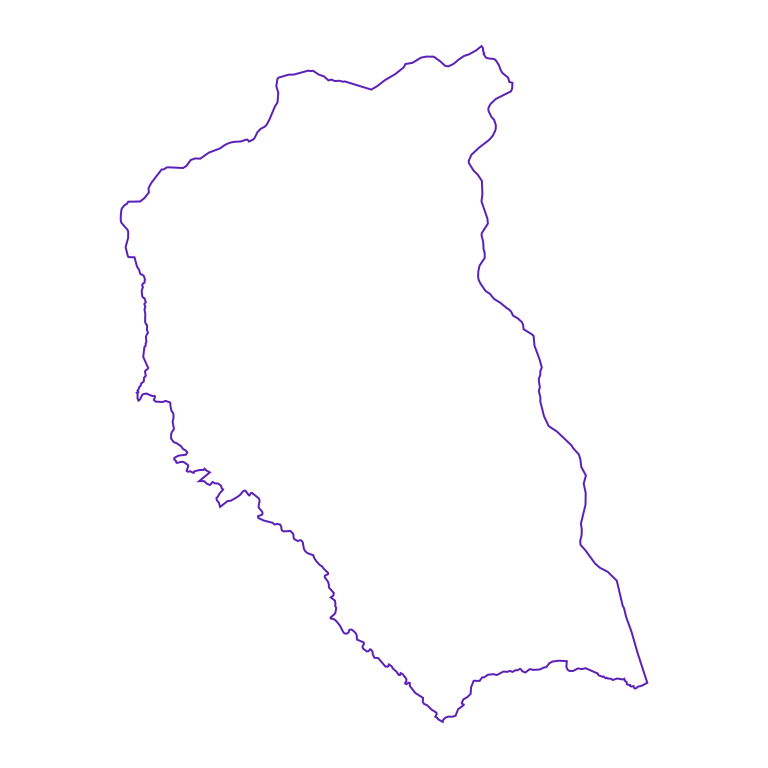 the district of Sotrile, Prahova, Romania
{"feature_id": "2599482B85734359359227", "entity_name": "Sotrile", "entity_type": "district", "adm_level": 2, "iso_a3": "ROU", "parent_name": "Romania", "parent_adm1": "Prahova", "projection": "equal_earth", "projection_center": [25.714, 45.211], "detail": "fine", "context": "isolated", "style": "outline", "palette": "violet", "viewbox_px": 768, "rotation_deg": 0, "n_neighbors": 0, "source": "geoboundaries", "source_scale": "gbopen_adm2", "svg_char_len": 6072}
<svg xmlns="http://www.w3.org/2000/svg" viewBox="0 0 768 768"><path d="M647.3,682.8L637.6,653.0L631.4,631.4L626.3,617.5L623.9,607.8L622.7,605.9L616.8,580.7L607.7,571.8L599.8,567.7L595.0,563.5L585.8,550.8L580.5,544.8L580.2,540.7L581.5,535.9L581.8,529.7L580.9,523.7L585.5,504.7L585.7,493.0L583.7,483.6L585.9,475.5L581.3,467.0L580.4,459.6L578.9,454.5L573.3,448.3L571.5,445.4L556.9,431.5L548.7,426.1L544.0,416.2L540.3,401.5L540.4,397.5L538.8,391.1L539.9,387.3L538.8,380.9L539.0,378.3L540.2,375.2L540.4,370.9L541.8,367.7L539.7,359.8L534.5,345.7L533.6,336.0L532.1,334.5L523.6,329.2L523.1,324.9L521.9,322.1L517.8,318.4L513.0,315.6L511.3,311.9L509.3,309.7L506.6,308.0L500.2,302.7L494.0,298.9L490.0,293.9L485.5,291.0L480.3,283.3L478.6,279.7L478.1,276.5L478.3,271.4L479.5,265.7L484.7,258.0L484.7,252.9L483.6,249.4L483.2,242.1L481.5,235.0L481.8,233.1L487.9,223.6L487.4,218.6L481.5,201.4L482.4,194.2L481.9,181.0L477.9,174.9L473.6,170.6L468.9,163.2L468.7,161.0L471.3,154.9L479.1,147.6L488.9,140.1L492.6,136.0L495.0,131.2L495.7,129.0L495.8,125.0L494.0,119.6L491.4,116.9L488.7,111.4L488.3,109.5L488.6,107.6L489.7,105.5L490.6,103.9L495.7,99.0L511.0,91.3L512.1,88.7L512.5,82.8L509.4,82.0L508.1,77.6L502.2,72.8L500.5,69.6L498.8,64.9L495.4,59.8L493.6,58.9L488.0,58.4L485.9,57.5L483.6,54.0L484.2,53.4L483.0,50.7L483.0,48.2L481.5,46.1L476.1,50.4L469.1,54.3L464.0,56.0L458.9,59.4L453.4,64.0L448.2,66.4L444.9,65.7L440.6,61.6L433.8,56.7L426.3,56.6L421.1,57.6L412.3,62.9L405.4,64.0L404.1,66.8L403.1,67.9L395.1,74.2L385.0,80.1L377.1,86.2L371.3,89.6L344.7,81.4L343.1,81.8L339.8,80.8L334.6,81.0L331.5,79.6L328.5,80.4L324.0,76.4L318.5,74.5L313.2,70.8L310.2,71.1L308.4,70.6L293.7,74.6L288.4,74.7L278.7,77.6L278.0,78.0L277.3,79.7L276.3,86.2L278.3,92.9L277.5,102.4L275.0,106.3L269.7,118.9L266.9,124.3L264.9,126.6L260.7,128.8L257.5,132.1L254.7,137.8L253.2,139.5L249.0,141.6L247.5,139.7L246.4,139.6L240.6,141.5L234.4,141.8L229.5,142.8L225.3,144.7L219.8,148.5L208.9,152.6L200.2,158.7L195.3,158.4L190.7,160.0L186.5,165.9L183.1,168.0L167.7,167.3L166.2,167.7L163.9,169.3L161.5,169.6L151.1,183.2L148.5,188.3L148.9,192.3L144.7,197.9L140.1,201.5L128.2,201.7L126.9,203.8L124.3,205.4L122.1,208.1L121.5,209.3L120.8,215.2L120.7,219.8L121.3,222.6L127.7,230.1L128.2,231.9L128.1,238.0L125.6,247.1L127.8,256.0L128.5,257.1L134.5,257.3L137.0,266.6L139.0,269.6L140.0,272.9L140.6,274.2L142.1,274.6L143.8,276.0L144.9,279.1L144.5,282.7L142.9,283.6L142.1,285.2L142.9,287.1L141.7,290.7L142.2,296.1L143.1,297.7L144.5,298.2L145.8,302.2L144.3,304.1L145.3,306.4L144.5,309.9L145.3,313.5L145.1,321.8L145.8,323.9L147.1,325.2L147.0,329.8L148.0,332.8L146.7,334.7L145.9,337.2L146.4,341.9L145.6,343.5L145.7,345.8L144.4,347.0L143.2,356.9L148.2,368.0L147.5,369.1L145.5,370.5L145.0,371.7L145.8,375.8L144.0,377.8L143.8,381.4L141.1,383.6L140.6,385.8L139.2,387.2L138.5,389.4L137.5,390.6L138.4,392.0L136.8,392.8L137.6,393.8L137.5,398.2L138.4,400.6L139.0,400.4L140.2,399.1L142.4,394.5L146.2,393.5L152.0,395.9L154.6,396.0L155.0,397.3L153.8,399.8L155.6,401.6L162.6,402.0L165.6,400.9L170.3,402.6L170.4,405.7L171.4,410.7L173.4,413.6L173.5,417.7L172.6,422.0L173.9,428.4L173.7,429.6L172.0,431.9L171.1,434.1L171.1,438.6L173.7,442.1L176.6,443.2L181.1,446.2L182.8,448.8L185.9,450.7L187.3,452.4L185.9,454.7L178.6,455.6L174.4,457.8L174.2,459.4L175.8,460.7L176.0,461.9L176.8,462.9L182.3,461.7L184.1,462.3L187.8,464.8L188.2,466.4L186.6,470.8L187.9,471.7L190.4,471.3L192.4,472.5L193.8,472.8L194.3,471.3L199.9,470.0L203.7,469.9L204.5,468.7L206.4,470.5L209.8,472.4L199.1,481.2L204.0,481.1L207.0,483.8L210.0,485.0L212.6,482.0L215.1,483.4L218.1,483.5L221.2,485.9L221.7,488.2L223.1,489.5L219.5,493.6L217.8,496.8L216.5,497.8L216.8,500.2L218.9,502.7L220.1,506.9L227.4,501.2L231.0,500.6L237.6,496.8L240.3,494.7L242.8,491.5L244.3,490.7L245.5,490.7L248.8,495.3L249.5,495.4L250.9,493.1L251.9,492.9L258.3,497.9L259.2,499.2L259.6,501.1L258.6,506.1L258.7,507.6L262.2,511.8L262.6,513.5L262.1,514.7L258.0,516.2L258.2,517.9L263.7,520.5L272.6,522.8L274.6,524.5L277.1,523.9L280.0,524.5L281.1,526.3L281.7,530.1L283.5,531.4L290.5,531.0L293.3,534.0L293.6,537.7L294.4,539.2L297.7,541.0L300.2,540.2L301.3,540.5L302.7,542.2L303.9,548.8L305.2,551.2L307.6,553.2L313.2,555.2L314.2,558.0L316.6,561.6L320.0,565.2L321.9,566.2L323.6,568.6L328.0,572.8L328.0,574.1L324.9,575.7L324.6,577.0L327.9,581.6L328.9,584.7L328.9,587.5L333.8,593.0L333.3,595.6L330.7,597.4L335.0,600.7L335.4,603.5L335.2,606.0L336.2,608.0L335.4,612.7L334.2,614.4L331.1,617.0L330.5,617.9L330.7,618.5L333.9,619.1L336.4,621.2L339.9,625.6L343.1,631.8L344.3,633.3L345.9,633.7L347.4,633.4L348.8,632.0L349.1,630.3L349.6,629.8L351.6,629.6L352.7,630.3L355.4,632.8L356.7,635.3L357.0,639.6L363.6,642.4L364.0,643.9L362.6,646.1L362.6,647.5L363.2,648.7L367.0,651.5L368.6,651.1L370.1,649.3L371.3,649.9L372.6,651.9L372.7,654.1L374.3,657.7L378.2,658.1L385.4,666.5L388.0,666.6L389.0,664.4L391.8,666.5L392.7,668.3L396.6,671.8L398.7,674.9L399.9,675.1L400.7,673.1L402.7,674.2L406.3,679.0L406.4,681.0L405.2,682.6L405.3,683.7L406.3,684.2L408.5,682.7L409.8,683.0L409.8,685.9L415.2,692.9L423.0,697.9L422.8,701.8L423.9,703.8L427.3,705.4L431.4,709.5L436.4,712.7L436.8,713.9L435.3,716.8L437.3,717.8L438.2,719.3L442.7,721.9L443.2,719.8L445.5,717.6L448.4,716.6L451.8,716.8L455.5,715.8L458.2,709.1L463.6,705.2L463.7,704.5L462.1,703.8L461.7,702.9L463.4,699.4L467.5,697.0L470.6,693.9L471.1,687.2L473.7,680.8L479.6,680.9L482.1,677.5L484.1,677.3L488.1,674.7L493.4,674.2L496.9,675.0L503.3,671.6L507.6,671.8L509.8,670.9L512.5,671.9L515.5,670.2L517.2,670.3L519.8,669.0L520.8,669.2L522.4,671.3L525.3,672.5L529.8,669.1L533.2,669.9L539.8,669.5L543.9,667.5L546.3,667.1L549.4,663.2L552.6,661.5L559.4,660.7L566.8,661.2L566.4,667.0L567.7,669.8L569.6,671.0L573.3,670.9L577.9,668.4L581.9,669.1L585.6,668.2L597.7,673.5L598.0,674.6L599.1,675.5L602.6,676.8L603.7,676.5L605.4,678.2L606.8,677.8L607.8,678.5L610.9,678.7L612.7,680.0L617.3,678.5L622.9,679.5L624.3,678.8L625.0,680.9L626.7,682.1L626.8,684.1L627.9,684.8L630.1,685.0L630.3,686.1L631.2,686.5L633.5,686.1L634.2,688.1L635.6,688.5L638.3,686.5L641.2,686.0L647.3,682.8Z" fill="none" stroke="#5b21b6" stroke-width="2"/></svg>